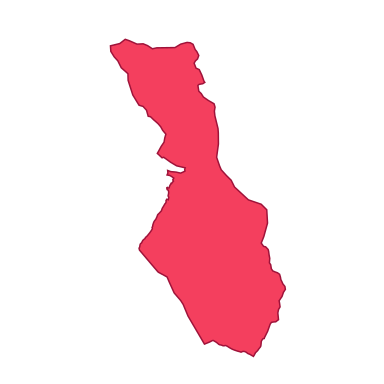 Aninoasa, Hunedoara, Romania, rotated 15°
{"feature_id": "2599482B78537153178763", "entity_name": "Aninoasa", "entity_type": "district", "adm_level": 2, "iso_a3": "ROU", "parent_name": "Romania", "parent_adm1": "Hunedoara", "projection": "equal_earth", "projection_center": [23.341, 45.379], "detail": "fine", "context": "isolated", "style": "filled", "palette": "rose", "viewbox_px": 384, "rotation_deg": 15, "n_neighbors": 0, "source": "geoboundaries", "source_scale": "gbopen_adm2", "svg_char_len": 3592}
<svg xmlns="http://www.w3.org/2000/svg" viewBox="0 0 384 384"><g transform="rotate(15 192 192)"><path d="M299.7,314.8L299.6,314.4L301.1,307.0L301.7,299.4L302.5,297.3L304.5,296.4L306.5,295.7L308.6,292.9L306.2,286.6L306.0,283.1L306.8,280.2L305.3,276.6L304.3,274.5L306.0,269.6L306.3,265.2L307.4,261.9L306.2,259.2L303.4,257.1L302.5,255.9L300.5,253.6L299.5,251.4L297.9,248.8L295.5,247.9L293.0,247.7L290.4,247.3L288.5,245.6L286.8,241.8L285.1,240.4L284.3,236.0L282.7,232.7L281.3,229.3L280.4,227.8L277.3,225.9L275.2,226.0L272.1,223.4L272.9,216.5L273.0,202.5L268.8,189.8L262.0,185.9L248.5,185.0L231.8,176.2L226.8,170.5L221.0,167.2L214.5,163.0L211.9,159.7L206.8,152.1L205.1,138.8L202.1,128.0L200.7,124.0L194.4,112.5L192.7,108.1L192.3,104.1L190.5,101.1L183.9,99.3L178.4,97.3L175.5,94.6L172.5,92.9L170.1,87.5L171.0,86.2L174.4,84.6L176.0,82.8L174.9,81.9L171.2,76.5L167.3,71.9L163.8,71.3L160.7,67.0L161.4,64.4L162.9,62.1L163.2,58.4L160.3,55.1L158.2,53.6L154.8,49.1L151.7,48.3L148.5,48.8L142.8,52.1L138.2,56.9L120.6,61.9L116.7,63.9L111.2,62.1L106.5,61.5L100.6,63.4L92.3,62.1L88.0,61.8L83.8,67.3L75.4,71.9L77.2,77.2L81.9,81.6L86.4,84.5L91.5,90.3L99.5,94.3L101.4,100.7L109.7,113.6L118.4,121.9L122.6,122.0L126.9,124.8L130.1,130.2L132.4,130.0L136.5,132.3L141.4,134.7L144.9,137.1L147.8,140.1L151.8,142.9L151.7,146.8L152.1,151.1L150.4,156.0L149.3,160.7L148.5,163.7L154.2,166.7L155.7,165.8L163.9,168.9L170.4,170.7L179.2,170.4L179.1,172.1L179.8,173.6L178.4,174.9L176.1,176.7L171.4,176.9L166.2,177.8L162.9,177.5L163.8,179.9L163.5,182.0L166.4,181.8L168.5,182.4L168.8,182.5L169.0,182.6L170.8,183.3L170.3,185.3L171.3,186.3L170.3,188.2L170.1,189.1L169.6,189.0L169.0,191.3L168.8,192.7L168.8,193.2L168.9,193.8L167.4,194.6L167.0,194.0L166.6,194.3L166.9,195.4L167.5,196.2L168.6,196.4L169.3,197.7L169.7,199.0L169.9,202.0L170.4,202.5L170.9,203.1L171.1,205.6L169.5,205.5L169.3,206.3L169.1,207.0L169.5,208.1L169.5,209.3L168.8,210.7L168.4,212.4L167.5,215.4L167.3,218.1L166.7,219.3L165.7,221.2L165.0,222.3L164.7,223.0L164.6,224.7L164.1,227.7L163.3,229.5L163.0,230.4L162.8,231.7L162.7,234.1L162.9,235.3L162.7,236.1L162.6,236.6L163.1,237.2L163.1,238.3L162.6,240.0L161.8,242.2L160.7,244.7L159.7,246.8L158.8,247.9L158.7,249.1L158.2,249.7L157.8,250.2L157.0,251.5L156.9,251.8L156.8,252.6L156.5,253.6L156.5,254.1L155.7,255.2L155.5,255.8L155.5,256.6L155.7,258.7L155.4,260.0L156.3,261.7L158.3,263.1L175.6,275.1L178.4,277.0L179.2,277.6L179.6,277.8L180.2,278.2L183.2,278.9L189.9,280.5L193.2,284.7L200.9,294.1L209.1,299.7L212.6,302.9L220.3,312.9L243.4,335.7L244.0,335.3L244.7,334.7L245.4,334.2L246.2,333.6L247.0,333.0L247.8,332.4L249.0,331.3L249.6,330.7L250.1,330.3L250.3,330.2L250.6,330.0L251.0,329.9L251.7,330.1L252.8,330.4L253.6,330.6L254.4,330.9L255.2,331.2L256.3,331.7L257.2,332.2L257.9,332.3L258.5,332.4L259.3,332.3L259.9,332.3L260.5,332.3L261.1,332.4L261.6,332.5L262.1,332.4L262.7,332.3L263.4,331.9L263.8,331.7L264.2,331.6L264.7,331.6L265.7,331.8L266.5,332.0L268.3,332.6L269.8,333.0L270.9,333.3L272.2,333.5L273.9,333.7L275.3,333.8L277.2,333.9L278.2,333.9L279.2,333.9L280.1,333.9L280.6,334.0L281.0,333.9L281.6,333.4L282.1,333.0L282.6,332.7L283.3,332.6L283.9,332.5L284.6,332.5L285.3,332.6L286.2,332.9L287.1,333.3L287.6,333.5L288.0,333.6L288.8,333.7L289.9,333.8L291.2,334.2L293.9,334.9L294.1,334.0L294.4,333.4L294.5,332.6L294.6,332.1L294.8,331.6L294.8,331.0L296.3,328.5L296.6,327.9L296.9,326.9L297.6,325.2L298.1,324.1L298.3,323.4L298.3,322.6L298.2,321.8L298.0,320.7L297.9,320.0L297.7,319.1L297.6,318.2L297.8,317.5L298.0,316.6L298.2,316.2L298.3,315.7L299.1,315.1L299.7,314.8Z" fill="#f43f5e" stroke="#9f1239" stroke-width="1.5"/></g></svg>